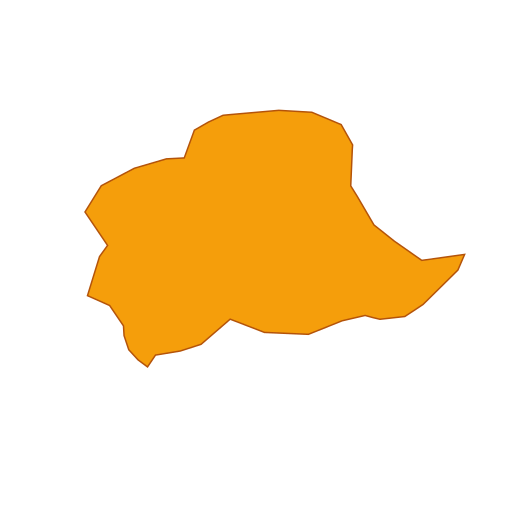 Bayangol, Övörhangay, Mongolia, rotated 310°
{"feature_id": "93677404B12248147717842", "entity_name": "Bayangol", "entity_type": "district", "adm_level": 2, "iso_a3": "MNG", "parent_name": "Mongolia", "parent_adm1": "Övörhangay", "projection": "natural_earth1", "projection_center": [103.336, 45.745], "detail": "fine", "context": "isolated", "style": "filled", "palette": "amber", "viewbox_px": 512, "rotation_deg": 310, "n_neighbors": 0, "source": "geoboundaries", "source_scale": "gbopen_adm2", "svg_char_len": 709}
<svg xmlns="http://www.w3.org/2000/svg" viewBox="0 0 512 512"><g transform="rotate(310 256 256)"><path d="M245.0,106.4L210.4,92.3L179.8,96.7L168.7,135.5L155.0,136.5L117.3,152.4L124.0,175.7L117.3,199.4L110.2,206.1L102.4,218.8L100.6,232.5L101.3,244.2L115.5,242.7L134.6,259.1L153.1,270.7L191.0,276.8L202.9,311.6L229.7,346.5L261.7,363.6L280.6,377.8L283.3,383.7L283.9,385.0L287.2,391.6L305.3,408.9L326.2,415.1L375.0,419.7L391.3,414.8L359.2,385.8L356.3,352.7L355.6,326.4L366.8,295.1L370.6,283.5L380.9,275.6L399.5,261.3L403.2,258.6L411.4,236.8L402.0,206.4L382.2,179.8L348.4,146.0L342.6,140.3L328.1,133.5L312.8,127.9L285.0,138.0L272.8,124.9L245.0,106.4Z" fill="#f59e0b" stroke="#b45309" stroke-width="1.5"/></g></svg>